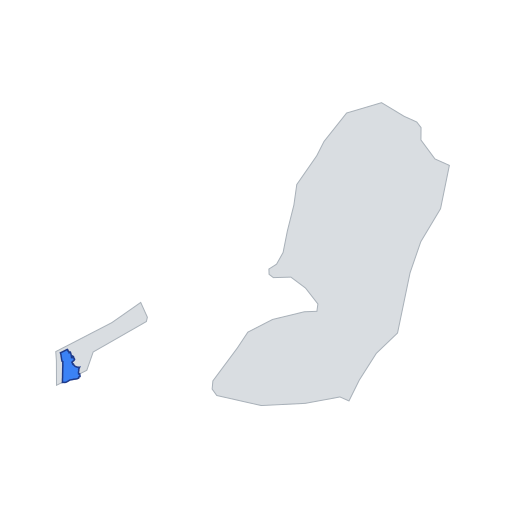 Rafah, Gaza Strip, Palestine shown in context, rotated 18°
{"feature_id": "87354302B11532502248212", "entity_name": "Rafah", "entity_type": "district", "adm_level": 2, "iso_a3": "PSE", "parent_name": "Palestine", "parent_adm1": "Gaza Strip", "projection": "robinson", "projection_center": [34.269, 31.284], "detail": "fine", "context": "in_parent", "style": "filled", "palette": "blue", "viewbox_px": 512, "rotation_deg": 18, "n_neighbors": 0, "source": "geoboundaries", "source_scale": "gbopen_adm2", "svg_char_len": 3764}
<svg xmlns="http://www.w3.org/2000/svg" viewBox="0 0 512 512"><g transform="rotate(18 256 256)"><path d="M411.9,110.1L416.9,154.0L408.3,191.5L407.7,224.4L414.4,285.5L400.5,311.4L392.6,342.0L389.2,365.1L379.4,364.1L348.4,380.9L307.2,396.6L261.8,400.8L255.4,396.1L253.6,388.1L266.7,349.2L271.8,330.9L291.4,311.2L319.2,294.1L331.0,289.8L329.7,282.5L313.0,271.2L295.7,265.3L279.2,271.2L274.1,269.4L272.3,264.4L278.1,257.4L280.7,244.3L278.1,222.5L276.3,195.9L272.7,175.4L282.8,141.9L285.3,126.0L298.0,92.0L328.0,71.4L353.8,77.4L367.5,78.9L373.3,82.9L377.0,94.7L396.2,108.4L411.9,110.1ZM160.7,335.8L171.6,347.8L172.0,352.2L130.8,397.6L130.4,417.0L106.2,440.6L98.5,417.2L95.1,408.8L139.5,363.9L160.7,335.8Z" fill="#d9dde1" stroke="#a8b0b8" stroke-width="1"/><path d="M105.9,403.5L105.9,403.4L105.7,403.2L105.4,403.1L105.2,403.3L104.9,403.6L104.5,404.1L104.3,404.2L104.2,404.3L104.1,404.5L103.9,404.6L103.4,405.1L103.2,405.4L102.9,405.6L102.7,405.8L102.5,406.1L102.4,406.2L102.2,406.3L102.0,406.5L101.9,406.6L101.7,406.8L101.5,407.0L101.3,407.2L101.0,407.5L100.7,407.7L100.5,408.0L100.2,408.2L100.2,408.3L99.9,408.5L100.5,409.4L101.2,410.5L101.8,411.9L102.0,412.2L102.4,413.0L103.2,414.6L103.4,414.9L103.9,415.9L104.0,416.0L104.5,416.1L104.8,416.1L105.0,416.2L105.1,416.6L105.2,417.1L105.5,418.1L105.6,418.4L105.7,418.5L105.8,418.9L105.8,419.0L106.1,419.7L106.1,419.9L106.1,420.0L106.2,420.3L106.3,420.3L106.4,420.7L106.4,420.8L106.6,421.3L106.6,421.5L107.0,423.0L107.4,424.2L108.0,426.1L108.3,427.2L108.5,427.9L108.8,428.8L109.1,429.7L109.2,430.1L109.4,430.7L109.6,431.3L109.9,432.6L110.2,433.6L110.6,434.7L110.8,435.5L111.0,435.9L111.0,436.1L111.5,435.9L112.2,435.6L112.7,435.5L113.3,435.3L113.8,435.1L114.3,434.8L114.7,434.4L115.1,434.0L115.5,433.6L115.8,433.3L116.3,432.7L116.6,432.3L117.0,431.8L117.2,431.6L117.4,431.4L118.2,431.0L120.1,430.0L120.9,429.4L121.3,429.3L121.8,429.1L122.2,428.9L122.7,428.7L123.0,428.5L123.2,428.4L123.6,428.2L124.1,427.8L124.4,427.5L124.6,427.3L124.9,427.1L125.1,426.9L124.8,426.0L125.9,425.0L125.6,424.2L124.7,422.6L123.8,423.0L123.7,423.0L123.6,422.7L123.4,422.1L123.2,421.8L123.2,421.6L123.1,421.4L123.0,421.0L123.0,420.7L122.9,420.5L122.9,420.4L122.9,420.0L122.9,419.9L122.8,419.7L122.8,419.3L122.7,419.2L122.7,418.9L122.6,418.7L122.4,418.5L122.2,418.4L122.2,418.2L122.3,418.1L122.3,417.9L122.4,417.7L122.5,417.3L122.5,417.1L122.6,416.9L122.6,416.7L122.6,416.4L122.5,416.5L122.4,416.5L121.1,416.7L120.8,416.8L120.2,417.0L120.0,416.9L119.9,416.9L119.7,416.9L119.3,416.9L119.1,416.9L118.9,416.9L118.5,416.9L118.4,416.9L118.2,416.9L117.9,416.8L117.8,416.7L117.7,416.7L117.4,416.5L117.2,416.4L116.9,416.2L116.7,416.1L116.4,415.9L116.2,415.8L116.2,415.7L115.9,415.3L115.8,415.2L115.7,415.3L115.7,415.5L115.7,415.8L115.4,415.7L115.1,415.5L115.0,415.4L114.9,415.1L114.6,414.8L114.2,414.3L114.0,414.2L113.9,414.1L113.7,414.0L113.7,413.9L113.8,413.7L114.0,413.3L114.1,413.2L114.2,412.9L114.3,412.9L114.4,412.7L114.6,412.5L114.7,412.4L114.8,412.3L114.8,412.2L115.0,411.9L115.1,411.5L115.2,411.4L115.3,411.2L115.3,410.9L115.4,410.7L115.4,410.4L115.0,410.2L114.8,410.1L114.7,410.1L114.9,410.0L114.9,409.9L114.7,409.9L114.6,409.7L114.4,409.5L114.4,409.4L114.1,409.1L114.0,408.9L113.8,408.6L113.7,408.6L113.6,408.4L113.5,408.2L113.4,408.2L112.9,407.9L112.6,407.8L112.6,408.1L112.6,408.4L112.5,408.5L112.5,409.0L112.4,409.2L112.4,409.3L112.1,409.1L112.1,409.3L111.9,409.5L111.1,407.8L110.4,406.6L109.7,405.5L109.1,404.8L108.2,405.8L107.9,405.4L107.7,405.1L107.8,405.0L107.8,404.9L107.7,404.7L107.3,404.5L107.2,404.5L107.0,404.4L106.9,404.4L106.8,404.5L106.7,404.5L106.7,404.4L106.5,404.2L106.4,404.2L106.2,404.0L106.2,403.9L106.3,403.9L106.2,403.8L106.1,403.6L105.9,403.5L105.9,403.5Z" fill="#3b82f6" stroke="#1e3a8a" stroke-width="1.5"/></g></svg>